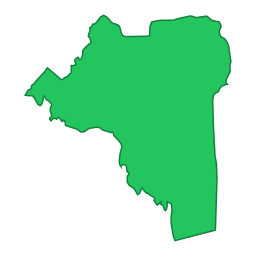 map outline of Cavally (Equal Earth projection)
{"feature_id": "CIV-3459", "entity_name": "Cavally", "entity_type": "Department", "adm_level": 1, "iso_a3": "CIV", "parent_name": "Ivory Coast", "parent_adm1": "", "projection": "equal_earth", "projection_center": [-7.856, 6.298], "detail": "fine", "context": "isolated", "style": "filled", "palette": "green", "viewbox_px": 256, "rotation_deg": 0, "n_neighbors": 0, "source": "natural_earth", "source_scale": "10m", "svg_char_len": 3331}
<svg xmlns="http://www.w3.org/2000/svg" viewBox="0 0 256 256"><path d="M34.1,83.9L35.8,81.2L44.8,71.6L47.3,67.9L48.1,68.4L60.3,78.9L61.5,79.6L62.4,79.6L63.8,78.3L64.8,77.6L66.4,76.9L67.2,76.7L70.2,73.5L71.2,72.9L71.3,71.8L71.2,71.0L71.1,70.1L71.2,69.2L71.5,68.1L71.4,67.2L71.2,65.8L71.5,65.4L72.8,65.7L73.4,65.6L74.0,65.3L75.3,65.1L75.7,64.6L75.7,63.5L74.8,61.1L74.7,60.5L75.1,59.5L77.6,57.4L78.4,57.4L78.7,57.9L78.7,58.6L79.0,59.3L79.4,59.6L80.1,59.5L80.9,58.9L81.9,57.6L82.4,55.7L82.8,52.3L82.9,50.7L83.1,50.0L84.6,48.5L85.3,47.2L86.0,46.8L87.5,45.6L88.6,44.4L89.6,43.6L90.4,43.3L90.9,42.8L91.0,41.8L89.8,37.7L89.5,37.2L89.0,37.1L88.6,36.9L88.4,36.3L88.4,35.4L88.6,34.4L89.7,31.5L90.2,29.3L89.8,28.1L90.0,27.6L90.9,27.1L91.6,26.5L92.2,25.4L92.5,24.6L92.9,24.0L93.5,24.3L94.5,24.0L95.9,23.0L100.9,16.6L103.7,15.4L106.9,17.2L107.5,17.7L108.5,18.7L111.1,22.0L112.2,22.9L113.1,23.4L114.9,23.8L117.9,25.0L118.8,25.7L119.4,26.4L120.0,28.0L121.4,33.3L122.0,34.4L123.1,35.9L124.9,36.4L127.0,36.6L147.8,36.2L149.5,35.7L150.0,27.0L150.2,25.8L151.8,21.9L159.8,20.3L173.0,20.2L174.2,19.9L177.8,18.7L189.5,16.1L191.2,16.1L191.9,16.2L196.2,17.6L205.7,16.2L207.0,16.3L207.6,16.7L210.7,19.5L212.5,20.5L218.4,21.8L219.2,21.9L221.1,25.6L220.8,27.3L220.4,28.1L219.9,29.2L219.3,31.0L219.3,32.3L219.6,33.6L220.1,35.1L220.6,36.0L221.1,36.8L221.6,37.1L224.2,38.4L225.0,39.2L225.9,40.4L227.4,43.0L228.1,44.6L228.7,46.6L230.8,61.0L230.8,62.0L230.6,62.9L230.4,63.7L230.1,64.5L229.8,66.7L230.2,71.5L226.3,79.5L225.9,82.4L226.3,83.1L227.4,84.3L226.4,84.4L223.1,85.5L222.5,85.8L220.5,87.4L220.2,87.8L218.6,91.0L218.2,91.6L217.7,92.1L217.2,92.4L216.6,92.6L215.7,93.1L214.7,94.0L213.3,95.5L212.7,100.8L213.3,123.1L215.0,156.0L216.4,163.2L217.0,178.2L215.4,230.1L177.3,240.0L175.0,240.6L173.4,236.2L171.1,223.1L171.2,216.9L172.0,209.8L171.4,204.0L167.4,201.6L167.0,206.6L166.4,209.4L165.5,210.6L164.3,209.6L163.7,207.3L162.8,205.1L160.9,204.6L161.3,201.8L160.4,202.3L158.8,204.0L157.4,205.0L156.5,204.3L154.8,201.5L153.9,200.5L154.9,198.7L154.2,197.6L151.6,196.0L151.2,195.9L148.6,194.0L148.4,193.4L146.2,193.0L144.4,191.0L143.0,188.9L142.2,188.0L140.8,190.2L139.4,193.5L137.6,194.7L135.4,190.6L133.9,188.5L129.0,185.1L127.4,182.3L127.2,181.1L127.3,176.4L127.6,175.6L128.7,174.7L129.0,173.8L128.7,172.8L128.1,172.3L127.4,172.1L127.0,171.5L126.6,167.6L126.1,166.1L124.9,164.6L123.8,164.5L122.2,165.1L121.0,165.9L121.0,166.7L119.6,164.4L119.3,161.0L119.6,157.2L120.1,153.6L121.8,147.1L121.5,144.9L119.6,141.7L114.0,135.7L113.6,134.9L113.2,132.9L113.0,132.4L112.3,132.0L111.7,132.3L111.1,132.6L110.5,132.4L102.4,129.9L100.4,128.0L98.2,127.3L94.9,127.4L89.0,128.5L87.6,129.3L84.8,131.4L83.1,132.0L81.1,132.0L80.0,131.5L79.2,130.7L77.8,129.6L76.3,128.9L66.7,125.9L65.5,125.4L65.3,124.7L65.3,123.5L65.2,122.2L64.6,120.8L63.7,120.1L63.2,120.7L62.7,121.4L62.1,121.5L60.8,119.9L59.6,118.1L58.3,117.4L56.7,119.2L55.4,118.4L53.8,118.4L52.3,119.2L51.0,120.9L49.5,118.9L49.9,117.9L51.1,117.0L51.7,115.5L51.4,114.2L50.3,111.1L50.1,109.5L50.7,106.8L51.6,105.7L51.8,104.7L50.2,102.2L46.3,99.4L44.8,96.9L44.0,96.2L43.4,97.6L42.9,100.7L41.9,103.8L40.3,105.6L38.0,104.5L34.3,97.9L32.9,96.2L31.5,95.6L28.5,95.8L27.3,95.4L25.2,95.2L28.2,90.0L28.8,89.7L30.3,89.3L30.9,88.8L31.2,88.1L31.7,85.8L31.6,85.5L33.8,83.9L34.1,83.9Z" fill="#22c55e" stroke="#15803d" stroke-width="1.5"/></svg>